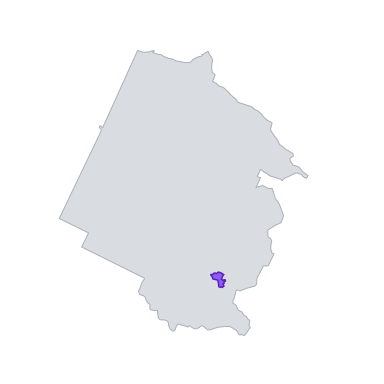 location of Assalaya, Eastern Darfur, Sudan, rotated 296°
{"feature_id": "16777658B59060398252798", "entity_name": "Assalaya", "entity_type": "district", "adm_level": 2, "iso_a3": "SDN", "parent_name": "Sudan", "parent_adm1": "Eastern Darfur", "projection": "albers", "projection_center": [26.009, 11.71], "detail": "fine", "context": "in_parent", "style": "filled", "palette": "violet", "viewbox_px": 384, "rotation_deg": 296, "n_neighbors": 0, "source": "geoboundaries", "source_scale": "gbopen_adm2", "svg_char_len": 5042}
<svg xmlns="http://www.w3.org/2000/svg" viewBox="0 0 384 384"><g transform="rotate(296 192 192)"><path d="M257.8,288.9L254.7,289.0L254.4,288.2L254.4,286.2L254.7,284.7L255.7,282.3L255.4,281.0L255.5,279.1L254.7,277.1L247.2,271.1L245.8,269.5L241.8,268.1L242.4,266.3L240.5,253.9L241.3,252.4L241.4,250.2L241.4,248.3L242.2,245.1L242.3,243.7L234.6,243.8L234.5,245.2L234.9,246.7L234.9,247.3L224.2,247.6L228.6,252.4L228.8,254.6L228.6,257.2L228.7,259.0L229.0,260.1L230.2,262.2L230.1,262.7L229.9,263.2L222.4,269.9L221.1,272.9L220.2,274.6L218.0,277.3L211.1,284.4L210.0,284.9L204.6,285.2L204.1,285.4L203.7,285.7L198.8,281.6L191.1,276.8L186.0,279.4L184.7,280.4L184.7,282.8L183.9,284.0L182.6,285.3L178.8,286.2L176.9,287.0L174.5,288.3L172.3,290.6L172.1,291.7L172.4,292.8L159.4,292.8L158.5,292.0L156.6,288.3L155.3,288.6L143.4,288.2L141.7,288.6L138.4,290.1L136.7,290.4L134.9,289.7L128.7,282.4L127.3,281.6L125.9,279.8L124.6,279.1L124.1,278.5L124.0,277.7L124.0,276.1L123.6,275.1L122.6,274.9L114.3,276.6L113.1,276.4L111.3,276.7L110.7,277.0L110.0,277.9L109.9,279.9L109.7,280.9L109.0,282.0L106.6,284.5L106.1,285.5L106.2,288.3L106.0,289.6L105.7,290.3L104.6,291.3L104.2,291.9L103.8,295.4L102.5,297.5L102.2,298.2L102.1,299.7L101.9,300.2L98.1,301.4L96.7,302.1L95.8,303.3L95.6,303.8L93.9,303.4L91.9,303.1L87.9,302.7L86.3,302.1L85.6,301.3L85.9,299.2L85.5,298.7L84.8,298.3L84.4,297.4L84.5,296.3L86.6,293.9L87.1,292.6L87.7,286.5L87.5,284.6L85.9,281.2L82.2,275.2L81.3,274.1L76.6,269.2L76.0,268.4L74.9,266.4L76.2,261.9L76.3,260.6L76.0,259.3L74.8,258.4L73.7,258.2L72.4,257.0L71.5,256.5L70.7,255.4L70.1,253.9L70.6,248.6L70.3,247.9L69.1,247.7L68.8,247.3L68.9,246.3L68.3,243.2L67.6,240.7L68.0,239.4L67.0,237.5L65.1,236.6L61.4,237.2L60.2,237.1L59.4,236.7L58.8,236.0L58.5,235.2L58.8,234.0L59.9,231.7L61.3,229.9L64.0,228.3L64.7,227.4L65.2,226.4L65.3,225.2L65.1,224.0L64.8,222.9L64.0,221.5L63.3,219.7L63.3,218.6L63.7,217.7L64.4,216.8L67.1,214.8L69.9,213.2L70.3,212.7L70.2,212.0L68.9,210.6L68.6,208.0L67.9,206.2L69.3,204.9L70.3,204.4L71.9,204.0L72.6,203.4L72.8,202.4L72.7,201.3L73.3,200.5L74.1,198.9L74.7,198.1L76.8,196.2L77.3,195.0L77.5,193.8L76.9,190.1L78.1,188.6L79.7,187.3L81.9,187.4L85.3,187.2L87.7,186.7L89.3,186.7L93.1,187.4L93.5,187.1L93.7,186.2L94.2,116.9L109.7,117.0L109.9,116.8L110.0,84.3L207.2,83.6L208.0,83.5L209.4,80.4L210.1,80.2L211.1,80.3L211.4,81.1L210.7,83.5L295.4,81.1L295.8,84.8L296.6,87.7L299.1,91.9L301.3,94.1L302.1,95.3L302.2,95.9L302.1,96.4L301.4,95.8L300.4,95.4L300.3,97.4L301.0,101.5L301.9,104.3L301.4,107.0L301.7,111.5L303.0,116.8L302.9,120.2L305.0,128.2L306.9,132.6L307.9,133.6L309.0,134.2L311.1,134.5L314.2,136.6L316.7,138.9L317.6,140.1L318.8,141.5L319.6,141.2L320.1,140.8L320.9,141.9L324.8,144.1L325.5,145.2L324.1,146.3L322.6,148.3L321.9,150.1L321.5,150.7L320.3,151.8L320.1,152.3L319.6,152.7L319.0,152.8L317.7,153.4L316.5,153.3L315.4,153.7L314.9,154.1L314.0,154.5L312.7,154.8L310.8,156.3L309.1,157.1L308.5,157.7L307.8,160.7L307.1,161.5L304.6,161.7L303.3,162.0L301.6,161.7L300.7,161.8L300.5,162.5L300.3,165.0L300.4,166.1L299.1,169.0L299.7,174.4L298.5,178.5L298.3,179.5L297.0,182.7L296.3,184.0L294.8,190.0L294.1,191.9L292.7,193.9L294.8,208.3L293.6,212.8L293.8,215.2L293.0,218.8L292.4,220.5L291.3,222.5L290.4,224.8L289.6,227.7L289.3,233.3L289.0,233.8L284.4,234.7L282.9,235.1L282.0,235.8L280.9,237.3L278.6,241.3L277.5,243.7L275.6,247.0L273.4,249.4L273.0,250.6L272.7,252.7L271.9,256.0L271.3,258.4L271.5,260.3L270.8,263.7L271.0,265.3L270.2,266.2L269.2,267.1L268.5,267.3L265.1,265.2L262.9,266.8L261.6,269.0L260.5,271.2L261.3,275.7L261.3,276.7L261.0,277.8L258.9,282.4L258.4,284.4L257.8,288.0L257.8,288.9Z" fill="#d9dde1" stroke="#a8b0b8" stroke-width="1"/><path d="M131.6,250.8L130.9,250.5L129.7,249.9L129.3,249.7L129.4,248.8L129.3,248.4L129.2,248.3L129.2,248.1L128.9,247.8L128.8,247.7L128.7,247.6L128.6,247.3L128.4,247.3L128.3,247.2L128.1,247.2L127.2,247.0L127.1,246.9L127.0,246.7L126.9,246.4L126.6,246.0L126.4,245.7L126.4,245.4L126.2,245.2L125.9,245.2L125.7,245.2L124.9,247.0L123.7,248.3L123.0,249.0L123.2,249.7L123.3,250.0L123.5,250.6L123.7,252.0L124.1,253.5L123.9,254.1L123.1,254.5L122.8,254.8L122.7,254.8L122.2,255.3L121.5,255.8L121.1,256.1L120.5,256.5L119.8,256.8L119.0,257.3L118.7,257.6L118.6,258.2L118.7,259.2L119.0,259.8L119.5,260.2L120.1,260.6L120.2,260.9L119.9,261.3L120.1,261.4L120.3,261.4L120.8,261.6L121.0,261.8L121.4,261.9L121.5,261.9L121.7,261.5L121.8,261.4L122.0,261.3L122.2,261.2L122.4,260.9L122.5,260.5L122.8,260.4L123.1,260.3L123.3,260.4L123.5,260.6L123.8,260.7L124.2,260.8L124.2,260.7L124.3,260.3L124.8,260.2L125.1,260.2L125.3,260.2L125.6,260.3L126.1,260.7L126.2,260.9L126.5,261.0L126.8,261.0L126.9,260.6L127.0,260.4L127.3,260.3L127.5,260.3L127.4,259.8L127.4,259.7L127.2,259.4L126.9,259.7L126.7,259.7L126.4,258.7L126.3,258.4L126.2,258.3L126.2,258.1L126.4,256.7L126.9,256.7L127.3,256.8L127.5,256.7L128.4,256.5L128.7,256.5L128.8,256.5L129.1,256.5L129.5,256.5L129.8,256.4L130.9,256.6L131.3,256.6L131.6,256.7L131.7,256.2L131.7,255.9L131.9,255.0L132.0,253.2L131.6,250.8L131.6,250.8Z" fill="#8b5cf6" stroke="#5b21b6" stroke-width="1.5"/></g></svg>